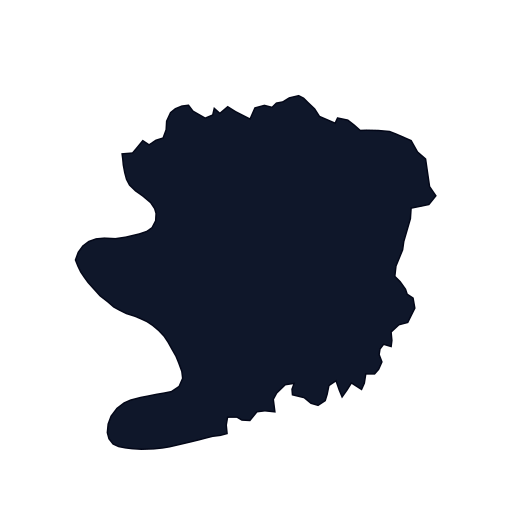 Rio dos Índios, Rio Grande do Sul, Brazil, rotated 255°
{"feature_id": "56859067B40054985686556", "entity_name": "Rio dos Índios", "entity_type": "district", "adm_level": 2, "iso_a3": "BRA", "parent_name": "Brazil", "parent_adm1": "Rio Grande do Sul", "projection": "natural_earth1", "projection_center": [-52.887, -27.252], "detail": "fine", "context": "isolated", "style": "filled", "palette": "ink", "viewbox_px": 512, "rotation_deg": 255, "n_neighbors": 0, "source": "geoboundaries", "source_scale": "gbopen_adm2", "svg_char_len": 2172}
<svg xmlns="http://www.w3.org/2000/svg" viewBox="0 0 512 512"><g transform="rotate(255 256 256)"><path d="M92.0,182.1L100.4,183.5L107.7,186.8L105.3,195.9L101.2,199.9L98.7,207.5L105.3,216.6L104.2,224.5L100.6,233.9L113.1,235.6L118.3,240.5L124.1,250.9L123.1,259.9L118.0,256.3L112.5,255.3L106.7,265.9L99.5,271.0L95.7,277.3L98.4,285.4L104.0,288.9L112.0,292.9L114.8,301.0L105.3,301.7L97.6,302.7L103.1,309.3L108.7,315.3L99.8,323.4L105.1,327.7L113.7,331.5L111.4,340.0L114.8,345.1L121.1,350.2L128.9,349.4L134.1,351.7L137.7,356.4L133.6,363.1L139.3,365.4L147.6,366.8L152.6,376.2L152.6,385.4L164.5,395.9L174.7,396.8L180.0,392.1L185.2,391.8L193.8,388.6L200.4,384.8L210.1,388.6L224.0,399.2L231.8,402.5L252.1,414.8L262.1,418.2L261.0,436.3L267.6,445.3L278.1,441.6L305.8,444.9L314.7,438.9L327.3,435.7L337.5,422.9L341.7,417.2L345.6,406.5L348.9,395.2L350.3,389.1L356.9,384.8L363.5,379.8L368.2,370.5L363.8,366.8L374.4,353.4L382.9,350.7L390.9,345.8L396.1,342.8L399.8,338.7L400.1,329.1L397.9,321.7L398.4,315.3L395.4,310.0L399.3,303.1L399.3,293.3L389.8,285.7L400.7,273.6L407.5,267.3L403.1,258.0L409.4,253.9L403.4,250.7L402.3,242.6L412.2,232.6L419.1,229.8L420.0,223.2L419.1,216.2L416.6,210.6L409.4,204.6L401.2,201.9L394.0,196.8L393.7,189.3L391.0,181.5L396.7,176.5L391.8,169.7L387.4,163.4L389.3,153.1L384.1,152.4L378.3,151.4L370.5,150.8L363.6,150.8L357.3,152.2L350.1,156.5L343.4,162.1L334.8,168.1L328.0,170.4L322.9,170.5L316.0,168.2L310.2,162.9L308.0,156.9L307.5,149.1L307.7,142.2L307.9,135.1L309.1,124.7L312.5,114.1L313.9,106.0L313.3,98.3L310.5,91.4L305.6,85.3L298.9,80.6L292.2,81.4L285.9,82.6L279.8,84.7L273.8,87.0L257.9,95.1L250.0,101.1L243.6,105.4L238.9,110.3L233.9,116.0L229.2,123.4L225.3,128.4L220.9,133.7L215.9,138.1L209.2,142.8L202.3,146.5L195.5,148.8L187.5,150.8L179.9,152.8L172.8,153.7L163.7,154.5L156.8,153.5L149.9,148.0L146.9,139.2L147.4,131.5L148.1,124.3L148.7,114.7L149.2,108.0L149.3,97.7L148.2,90.6L144.8,82.3L138.8,74.6L131.9,69.7L123.9,66.7L117.5,66.7L111.4,69.3L107.5,74.0L104.5,80.2L102.0,86.4L99.0,95.3L96.2,107.3L94.8,116.0L94.1,123.0L93.7,135.0L93.4,144.8L93.2,153.5L93.2,160.1L93.1,167.4L92.0,175.1L92.0,182.1Z" fill="#0f172a" stroke="#020617" stroke-width="1.5"/></g></svg>